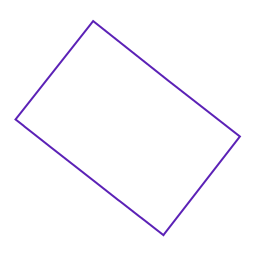 outline of Fillmore, Minnesota, United States of America, rotated 38°
{"feature_id": "52423323B25501231603720", "entity_name": "Fillmore", "entity_type": "district", "adm_level": 2, "iso_a3": "USA", "parent_name": "United States of America", "parent_adm1": "Minnesota", "projection": "orthographic", "projection_center": [-92.041, 43.674], "detail": "fine", "context": "isolated", "style": "outline", "palette": "violet", "viewbox_px": 256, "rotation_deg": 38, "n_neighbors": 0, "source": "geoboundaries", "source_scale": "gbopen_adm2", "svg_char_len": 521}
<svg xmlns="http://www.w3.org/2000/svg" viewBox="0 0 256 256"><g transform="rotate(38 128 128)"><path d="M34.7,70.3L34.1,190.5L44.6,190.5L45.3,190.6L49.9,190.6L55.0,190.6L78.5,190.7L78.9,190.7L99.5,190.7L104.7,190.7L124.3,190.7L127.9,190.7L130.5,190.7L164.5,190.8L166.6,190.7L190.4,190.7L197.2,190.6L201.8,190.6L202.4,190.6L209.1,190.6L209.5,190.6L213.8,190.6L219.8,190.6L220.2,190.6L221.1,190.6L221.9,190.6L221.8,189.2L221.4,65.8L130.7,65.9L34.7,65.2L34.7,70.3Z" fill="none" stroke="#5b21b6" stroke-width="2"/></g></svg>